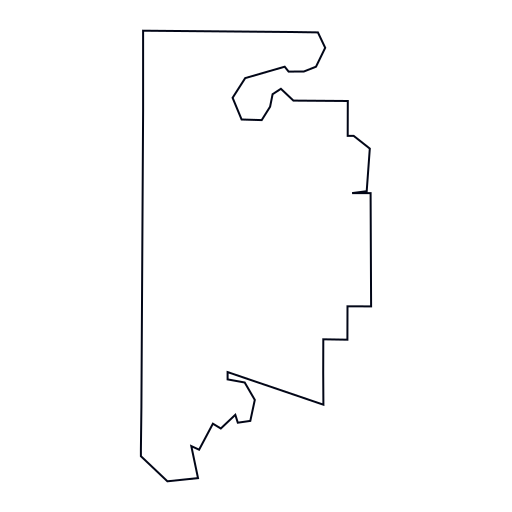 outline of Leflore, Mississippi, United States of America
{"feature_id": "52423323B21456355443716", "entity_name": "Leflore", "entity_type": "district", "adm_level": 2, "iso_a3": "USA", "parent_name": "United States of America", "parent_adm1": "Mississippi", "projection": "albers", "projection_center": [-90.256, 33.523], "detail": "fine", "context": "isolated", "style": "outline", "palette": "ink", "viewbox_px": 512, "rotation_deg": 0, "n_neighbors": 0, "source": "geoboundaries", "source_scale": "gbopen_adm2", "svg_char_len": 679}
<svg xmlns="http://www.w3.org/2000/svg" viewBox="0 0 512 512"><path d="M347.8,101.0L293.4,100.6L280.9,88.8L272.6,94.2L270.1,106.7L261.7,120.1L241.6,119.5L232.6,97.8L245.2,78.1L284.7,66.7L288.6,71.6L303.9,71.5L316.0,66.7L325.2,47.8L317.9,32.4L291.1,32.0L143.1,30.7L143.1,111.1L141.4,407.6L140.9,449.2L140.9,456.2L167.4,481.3L198.0,478.1L191.3,446.1L199.1,449.7L212.9,423.7L220.8,428.5L235.3,414.8L237.8,422.7L250.3,420.9L254.8,399.9L244.7,382.5L227.6,379.4L227.6,372.1L323.4,404.7L323.2,372.7L323.3,339.3L347.4,339.7L347.5,306.3L371.1,306.4L370.6,193.1L352.1,193.1L366.7,191.2L369.8,148.6L353.7,135.9L347.7,135.9L347.8,101.0Z" fill="none" stroke="#020617" stroke-width="2"/></svg>